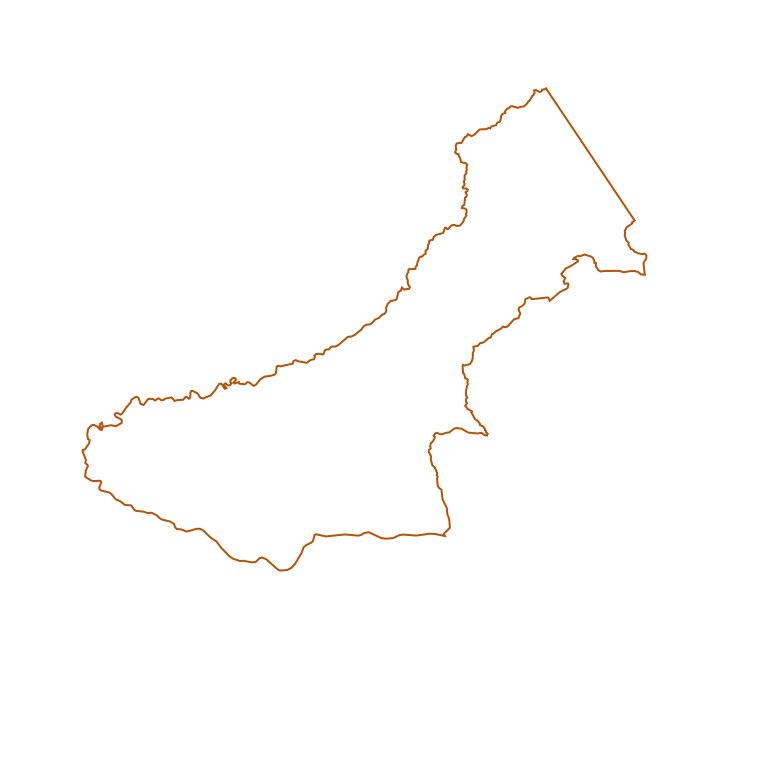 Bonfim, Roraima, Brazil, rotated 236°
{"feature_id": "56859067B6516364509135", "entity_name": "Bonfim", "entity_type": "district", "adm_level": 2, "iso_a3": "BRA", "parent_name": "Brazil", "parent_adm1": "Roraima", "projection": "mercator", "projection_center": [-60.06, 2.792], "detail": "fine", "context": "isolated", "style": "outline", "palette": "amber", "viewbox_px": 768, "rotation_deg": 236, "n_neighbors": 0, "source": "geoboundaries", "source_scale": "gbopen_adm2", "svg_char_len": 6145}
<svg xmlns="http://www.w3.org/2000/svg" viewBox="0 0 768 768"><g transform="rotate(236 384 384)"><path d="M223.9,349.5L225.9,349.6L226.6,350.7L227.8,357.7L228.7,358.7L235.6,362.5L240.7,363.7L246.0,366.7L255.8,368.1L264.2,372.5L267.1,371.5L269.5,371.6L275.8,375.0L277.0,376.6L278.5,376.7L281.0,378.4L286.4,379.4L289.6,378.6L295.2,380.6L298.0,382.7L302.8,383.1L304.0,384.2L304.5,386.7L306.8,387.6L308.8,389.8L308.9,391.9L310.8,395.7L311.9,396.6L313.3,396.2L314.4,399.0L314.0,400.6L310.8,402.7L309.8,404.2L309.0,407.8L307.4,411.0L307.8,417.5L306.8,419.6L303.7,423.2L296.6,426.7L290.7,433.8L289.1,437.4L285.8,438.6L283.7,440.6L284.9,442.2L286.9,441.6L288.3,442.3L289.4,441.9L290.4,442.5L293.2,442.5L296.4,440.6L297.4,441.3L300.8,441.1L304.0,439.8L311.7,440.6L312.0,441.7L316.6,439.4L320.5,439.1L321.6,442.1L323.3,442.1L324.9,443.1L325.9,443.9L326.2,445.4L329.2,445.8L332.4,448.2L336.1,451.9L336.8,453.3L338.4,453.8L340.6,455.9L342.0,455.7L343.3,454.5L347.5,456.1L348.6,455.6L354.7,459.0L355.7,460.2L354.1,461.3L352.5,466.4L353.6,469.2L355.7,471.9L360.0,475.0L361.8,477.5L364.9,478.9L363.2,483.3L364.2,487.0L363.2,488.2L362.8,490.4L363.6,496.5L362.9,498.5L364.9,501.4L364.5,502.9L365.1,505.8L364.5,511.9L365.1,514.7L363.3,516.2L362.6,518.4L364.9,527.9L363.5,532.5L366.3,536.4L370.4,537.1L371.8,538.9L371.4,542.3L372.0,545.4L375.2,548.7L374.7,552.7L374.0,553.8L372.1,553.7L371.0,555.2L364.5,567.6L363.7,568.6L360.3,567.8L361.9,581.0L360.8,589.7L363.5,592.7L364.6,592.7L366.2,589.7L368.5,590.2L370.5,593.5L374.5,592.3L376.0,592.5L378.1,599.2L377.3,605.6L377.2,613.3L378.4,613.9L380.0,613.0L381.7,610.9L382.2,612.4L381.8,616.1L380.2,618.3L379.3,622.5L374.0,626.9L372.0,627.6L369.1,627.5L366.9,626.2L365.6,627.3L363.1,625.3L360.8,625.7L358.6,625.3L356.1,626.5L354.3,630.2L346.3,642.2L342.6,645.2L339.7,651.6L337.4,655.1L334.9,657.2L331.2,658.3L328.7,661.3L339.1,666.7L341.4,671.6L344.0,673.5L346.3,673.0L347.2,670.8L350.9,667.2L352.2,667.0L353.8,665.5L355.3,665.8L357.9,664.2L363.1,664.6L364.3,665.8L367.5,665.2L372.6,666.6L374.1,668.3L375.9,668.9L378.2,672.7L378.3,679.6L379.3,680.2L379.5,683.2L538.6,683.6L538.5,682.0L539.6,679.6L538.7,678.5L538.7,677.4L539.4,676.0L542.8,674.4L543.5,672.7L540.8,671.4L540.7,670.2L539.8,669.2L539.9,667.8L537.5,663.4L537.8,662.2L536.6,659.8L535.9,655.2L537.6,651.8L538.2,649.2L542.4,645.9L543.3,644.5L542.9,641.3L543.4,640.1L542.4,636.9L541.0,636.3L541.6,633.0L540.8,631.1L537.3,627.9L536.7,626.6L537.3,624.3L536.0,621.6L537.5,617.0L536.5,615.0L537.8,614.0L538.1,611.4L541.6,605.5L540.1,598.3L540.5,595.2L544.1,593.4L543.1,590.5L543.5,589.0L540.6,583.2L542.8,578.8L541.3,576.6L537.9,574.9L536.4,572.6L534.4,572.8L532.8,574.3L531.8,573.6L528.5,573.4L524.9,571.9L521.4,575.2L519.2,575.7L518.3,574.2L515.1,572.2L514.2,570.8L512.6,570.3L511.9,567.5L508.1,565.0L507.1,563.3L504.6,562.6L503.6,561.1L503.3,559.2L502.0,558.9L500.3,561.4L498.2,562.1L497.4,561.1L497.3,558.9L494.2,558.3L493.2,557.0L493.2,555.4L487.7,550.9L487.7,548.5L486.5,547.0L483.5,549.7L482.3,549.7L479.9,548.3L478.9,546.8L477.5,546.6L476.6,543.6L474.4,540.8L473.0,536.5L473.2,534.5L474.1,533.0L476.8,531.1L477.8,528.6L476.7,524.1L477.3,522.9L478.8,522.8L479.3,521.7L476.1,517.6L478.4,510.6L478.2,507.5L476.2,505.1L477.3,502.7L477.1,501.1L475.9,500.8L474.5,498.2L471.6,495.9L471.3,493.1L468.7,491.3L469.0,489.9L468.3,486.6L469.2,485.5L469.2,484.3L466.1,479.7L463.9,477.6L463.4,475.7L461.9,474.4L465.2,468.9L464.6,467.6L463.1,466.8L462.0,464.3L460.2,462.5L456.7,461.7L454.0,459.9L449.6,459.5L448.9,458.0L451.1,453.4L453.9,452.8L451.9,450.0L452.2,447.3L447.6,442.3L447.1,440.6L449.1,435.9L448.2,431.6L446.1,428.5L443.0,426.5L441.8,423.3L442.6,421.4L441.7,416.5L442.4,412.4L441.5,409.4L441.2,405.8L443.0,402.6L443.2,399.8L441.8,395.4L441.0,387.3L441.6,383.6L443.3,380.4L441.8,367.8L442.2,364.7L444.1,361.8L444.3,360.2L443.5,357.7L445.0,355.1L444.8,353.4L442.7,350.8L442.7,349.7L445.0,347.6L446.8,344.4L446.5,342.2L445.2,341.9L443.7,339.8L445.0,336.2L444.8,331.8L450.7,325.6L453.2,324.2L453.6,321.7L451.9,319.7L456.5,308.1L458.4,306.1L458.3,304.7L453.6,300.6L452.9,299.1L454.0,295.0L456.9,289.1L457.0,283.6L455.1,277.9L455.3,274.9L460.8,273.1L462.0,271.8L461.4,268.7L465.2,264.2L466.9,264.7L467.9,260.4L469.2,260.1L470.2,263.3L471.6,264.1L473.2,262.7L473.5,261.1L472.8,258.6L471.4,257.7L469.8,258.0L469.1,255.6L470.0,253.8L472.9,253.2L473.4,252.1L472.9,250.9L468.7,251.0L469.2,249.3L474.6,249.4L475.7,248.8L476.2,247.2L473.3,240.6L471.5,233.7L473.1,226.0L475.2,224.1L480.6,224.1L485.3,221.5L485.9,220.5L485.3,218.9L481.6,216.1L480.8,215.1L481.0,214.0L483.4,213.3L484.2,212.4L483.3,208.6L486.2,203.7L487.0,201.0L491.7,200.4L494.3,194.3L494.0,192.1L495.0,190.3L497.7,189.4L498.4,188.6L498.3,185.0L500.8,184.0L503.5,180.3L501.0,172.9L503.7,171.1L509.9,172.7L511.5,172.1L512.1,170.8L512.3,165.9L510.4,163.7L508.8,157.7L505.9,150.3L505.9,148.5L508.3,147.3L509.8,145.4L509.5,143.9L507.2,143.3L501.8,146.2L500.3,146.2L498.4,144.7L499.0,138.1L502.5,134.6L505.5,127.6L506.8,127.4L509.7,128.4L509.9,126.9L508.4,124.8L506.9,124.8L504.9,125.8L503.8,124.5L504.6,123.3L509.5,122.3L512.7,120.3L513.3,119.0L513.0,116.5L512.0,113.4L508.1,109.7L504.1,107.9L502.1,108.6L499.7,106.4L497.0,99.2L497.7,97.3L496.8,96.5L487.6,94.4L485.4,92.1L483.1,92.9L481.4,92.5L479.1,88.5L474.2,84.4L467.6,87.3L465.9,89.0L462.5,94.6L461.2,94.9L460.2,94.2L457.7,90.3L455.7,89.3L453.7,90.0L447.9,95.5L444.4,96.6L438.6,97.1L434.2,99.8L428.6,101.6L424.7,106.5L419.3,106.6L417.5,107.5L412.4,113.5L409.2,115.8L407.2,119.4L401.7,122.4L398.7,122.8L395.6,124.2L389.7,129.7L385.5,131.6L382.2,130.8L379.8,131.0L376.7,134.7L372.0,137.9L368.5,148.2L366.9,150.4L364.3,152.1L353.1,154.5L347.2,157.0L339.0,157.5L327.3,159.6L323.5,161.2L317.5,165.9L316.5,168.0L310.1,174.7L308.7,177.2L308.3,178.8L309.2,183.5L308.3,185.8L304.8,188.3L289.3,192.3L287.3,193.7L283.9,199.9L283.4,204.1L284.5,209.3L290.0,221.2L293.6,226.1L293.9,229.2L293.1,235.4L293.6,237.4L297.7,242.1L297.3,243.8L290.2,250.5L281.1,267.5L272.6,278.0L271.7,280.5L271.3,285.1L269.5,288.6L258.2,295.3L254.7,299.0L251.2,305.4L250.1,312.2L248.4,315.8L240.3,326.0L234.6,337.7L231.3,342.3L223.9,349.5Z" fill="none" stroke="#b45309" stroke-width="2"/></g></svg>